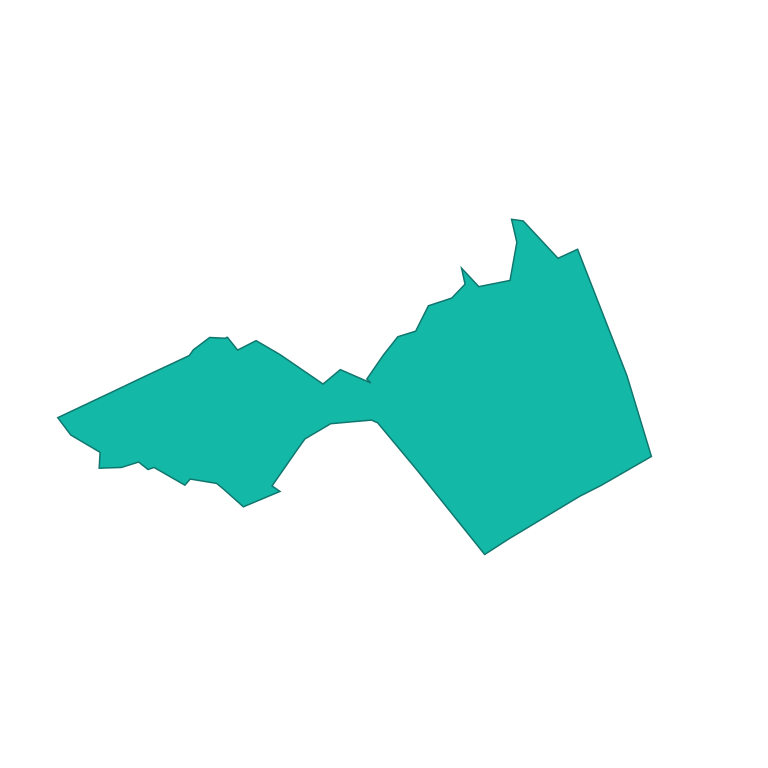 the district of Passaic, New Jersey, United States of America, rotated 119°
{"feature_id": "52423323B2670997782408", "entity_name": "Passaic", "entity_type": "district", "adm_level": 2, "iso_a3": "USA", "parent_name": "United States of America", "parent_adm1": "New Jersey", "projection": "equal_earth", "projection_center": [-74.273, 41.012], "detail": "fine", "context": "isolated", "style": "filled", "palette": "teal", "viewbox_px": 768, "rotation_deg": 119, "n_neighbors": 0, "source": "geoboundaries", "source_scale": "gbopen_adm2", "svg_char_len": 891}
<svg xmlns="http://www.w3.org/2000/svg" viewBox="0 0 768 768"><g transform="rotate(119 384 384)"><path d="M419.5,544.2L420.9,544.9L427.8,559.0L446.5,567.3L453.5,568.1L491.1,595.3L498.9,600.9L515.2,612.5L571.6,653.0L580.5,633.2L581.4,599.2L595.7,592.3L584.3,573.2L571.2,560.8L573.2,548.9L568.5,544.7L569.0,509.1L561.1,507.4L552.1,482.2L553.8,473.0L559.6,447.5L528.4,422.9L527.4,432.5L483.8,428.1L470.3,426.5L444.6,411.4L421.7,377.6L421.0,370.8L442.6,315.1L484.3,213.3L459.8,200.2L459.6,200.1L410.9,172.0L387.5,158.5L367.2,144.8L317.7,115.0L258.9,175.6L172.3,280.0L189.7,292.8L173.9,341.3L178.1,352.3L195.7,336.5L232.3,324.0L252.9,348.3L245.1,372.3L257.4,361.5L276.0,366.4L294.0,383.1L322.4,381.9L335.9,394.8L359.1,398.6L388.0,401.4L389.5,396.0L392.6,429.2L413.6,437.3L408.7,489.2L408.1,516.9L425.3,528.5L419.1,543.5L419.5,544.2Z" fill="#14b8a6" stroke="#0f766e" stroke-width="1.5"/></g></svg>